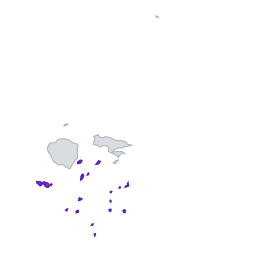 Eastern on a map of Fiji (Equal Earth projection), rotated 42°
{"feature_id": "FJI-2618", "entity_name": "Eastern", "entity_type": "Division", "adm_level": 1, "iso_a3": "FJI", "parent_name": "Fiji", "parent_adm1": "", "projection": "equal_earth", "projection_center": [179.768, -18.91], "detail": "medium", "context": "in_parent", "style": "filled", "palette": "violet", "viewbox_px": 256, "rotation_deg": 42, "n_neighbors": 0, "source": "natural_earth", "source_scale": "10m", "svg_char_len": 4096}
<svg xmlns="http://www.w3.org/2000/svg" viewBox="0 0 256 256"><g transform="rotate(42 128 128)"><path d="M103.4,175.5L103.4,176.8L104.1,177.4L104.7,177.5L106.4,180.1L108.9,182.3L110.5,184.0L110.6,185.5L110.1,187.0L110.8,189.7L111.1,192.6L112.2,197.1L110.7,197.9L108.2,198.0L107.6,198.8L106.7,198.4L104.6,198.7L102.7,200.2L100.8,202.2L98.6,202.2L96.1,202.7L93.7,202.4L91.9,201.3L88.9,200.1L84.8,199.1L83.2,198.3L81.7,197.0L80.4,193.7L80.2,192.0L80.4,190.5L81.6,189.9L82.6,189.1L82.7,188.1L83.2,187.4L83.7,187.1L84.0,186.6L83.6,184.9L83.5,183.4L85.8,180.6L88.4,178.2L92.9,176.0L95.7,176.2L99.9,174.5L101.3,173.7L102.7,174.2L103.4,175.5ZM142.4,138.7L139.0,142.8L137.8,144.9L136.7,147.2L133.8,149.7L132.5,153.0L132.6,156.4L135.6,152.9L138.8,150.0L139.8,149.4L140.9,149.4L140.8,150.4L140.3,151.4L140.0,154.0L140.8,156.3L138.4,156.1L136.0,156.3L133.1,157.6L130.3,158.2L129.3,158.2L128.2,157.8L127.6,157.1L127.1,155.5L126.5,155.3L124.3,155.4L121.0,158.4L119.9,161.1L118.6,161.2L117.1,160.6L115.3,162.7L113.1,163.4L112.1,161.7L111.5,159.6L110.7,158.0L108.3,157.6L108.7,155.8L109.3,155.0L109.9,153.9L110.2,152.6L111.4,153.4L112.6,153.9L113.9,153.0L115.3,152.9L116.7,150.1L118.8,148.3L121.8,146.9L124.8,145.9L126.4,145.7L127.9,145.2L130.5,142.6L132.3,141.2L134.2,140.4L136.0,139.9L137.7,140.3L139.0,140.1L142.5,138.2L142.4,138.7ZM108.2,224.2L108.2,225.5L105.3,226.4L104.4,225.3L103.7,225.1L102.0,227.0L101.5,227.8L101.3,228.4L100.9,228.7L97.7,229.6L96.3,228.7L97.3,228.1L98.4,226.8L99.6,227.0L100.8,225.9L101.9,224.1L103.6,223.7L104.8,223.0L106.7,223.5L108.2,224.2ZM142.4,163.0L140.8,164.1L140.1,163.0L140.9,160.3L142.5,157.6L142.4,159.8L142.4,163.0ZM127.7,197.7L127.5,198.0L125.5,195.5L125.6,194.6L125.9,193.7L126.7,192.9L127.4,194.3L128.0,196.6L127.7,197.7ZM115.9,186.4L114.7,186.9L114.0,185.0L114.9,183.2L115.9,183.0L116.4,184.9L115.9,186.4ZM129.3,175.3L128.6,176.1L128.2,171.9L129.0,172.0L129.6,172.4L129.9,173.5L129.3,175.3ZM79.6,168.6L78.5,169.1L79.1,166.7L79.7,165.9L80.2,165.8L80.8,165.6L80.6,167.3L79.6,168.6ZM76.5,26.1L75.6,26.4L74.1,26.2L73.8,25.7L74.3,25.5L75.2,25.2L76.4,25.4L76.6,25.7L76.5,26.1ZM142.5,150.1L142.2,150.1L142.1,149.5L142.5,148.5L142.5,150.1Z" fill="#d9dde1" stroke="#a8b0b8" stroke-width="1"/><path d="M106.9,223.7L108.2,224.0L108.4,225.4L107.6,226.0L106.8,225.6L106.6,226.5L104.9,226.5L105.1,225.6L104.5,225.6L104.8,225.2L103.6,225.2L102.6,226.3L101.6,226.5L101.5,227.6L101.2,227.3L101.1,228.0L101.7,228.5L101.3,229.8L100.9,229.6L100.9,228.5L99.3,229.8L98.1,229.4L97.3,229.8L96.1,229.0L96.8,228.1L97.7,228.1L98.4,226.7L100.1,227.1L100.4,226.3L101.1,226.1L101.5,224.3L102.3,223.9L103.9,224.2L104.0,223.3L105.0,222.7L105.9,222.7L106.9,223.7ZM126.5,192.7L128.0,195.4L127.7,198.2L126.8,197.4L125.8,194.6L125.5,195.8L125.0,192.9L126.5,192.7ZM130.0,173.0L129.6,175.1L128.6,176.2L128.2,172.1L129.7,171.5L130.0,173.0ZM114.7,183.3L115.6,183.3L116.0,185.3L115.7,186.4L114.5,186.9L113.8,184.7L114.7,183.3ZM181.1,191.0L182.2,192.1L182.1,193.2L181.0,193.5L179.8,193.0L179.7,192.0L180.1,191.1L181.1,191.0ZM164.7,168.7L167.2,170.7L165.5,173.7L165.2,172.8L166.1,170.6L164.9,169.7L164.7,168.7ZM141.1,211.5L141.2,212.3L140.0,213.2L140.6,213.6L139.8,214.8L138.6,212.5L141.1,211.5ZM169.8,199.9L170.8,201.4L170.4,202.1L169.5,202.0L168.6,201.2L169.8,199.9ZM109.2,220.8L109.3,222.3L108.7,222.8L107.9,222.2L108.4,220.9L109.2,220.8ZM145.3,224.8L145.8,222.7L146.7,222.8L147.2,223.7L146.8,224.6L146.6,223.6L146.1,223.5L145.7,223.9L145.9,225.1L145.6,225.2L145.3,224.8ZM137.4,228.7L137.9,230.6L136.7,230.8L136.8,230.0L137.3,230.2L136.9,228.9L137.4,228.7ZM157.8,187.6L157.5,186.7L158.4,186.2L158.7,187.3L157.8,187.6ZM165.9,224.6L165.7,223.3L166.3,222.8L166.6,224.1L165.9,224.6ZM163.3,193.6L164.4,193.6L164.5,194.7L163.5,194.3L163.3,193.6ZM174.3,228.7L174.8,229.6L175.5,229.8L175.5,230.4L174.0,229.5L174.1,228.9L174.5,228.4L175.1,228.3L174.3,228.7ZM161.6,178.5L161.2,177.5L161.8,177.1L162.2,178.0L161.6,178.5ZM129.5,188.3L129.6,189.5L129.3,190.1L128.6,188.3L128.8,187.9L129.5,188.3ZM113.3,185.8L114.8,187.5L114.6,187.9L113.7,187.5L113.3,185.8Z" fill="#8b5cf6" stroke="#5b21b6" stroke-width="1.5"/></g></svg>